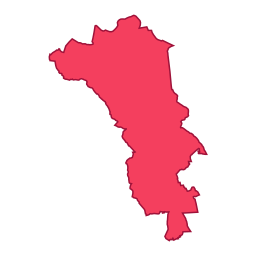 Hamcearca, Tulcea, Romania
{"feature_id": "2599482B65453022106945", "entity_name": "Hamcearca", "entity_type": "district", "adm_level": 2, "iso_a3": "ROU", "parent_name": "Romania", "parent_adm1": "Tulcea", "projection": "natural_earth1", "projection_center": [28.38, 45.133], "detail": "fine", "context": "isolated", "style": "filled", "palette": "rose", "viewbox_px": 256, "rotation_deg": 0, "n_neighbors": 0, "source": "geoboundaries", "source_scale": "gbopen_adm2", "svg_char_len": 5826}
<svg xmlns="http://www.w3.org/2000/svg" viewBox="0 0 256 256"><path d="M129.4,17.0L127.2,17.9L125.2,19.0L124.5,19.1L122.7,19.0L120.9,19.1L119.4,19.8L118.2,20.9L117.4,22.5L117.8,25.3L117.6,26.0L116.3,27.9L114.7,29.6L112.8,31.3L111.4,31.7L109.8,31.7L107.6,31.0L105.5,30.1L104.0,30.9L103.1,31.0L102.3,30.7L101.1,30.1L96.9,26.0L96.0,25.5L95.1,25.9L94.1,32.2L92.9,38.5L92.1,41.7L92.9,42.6L93.1,43.9L92.7,44.3L90.9,44.7L88.9,44.7L88.3,44.5L87.4,44.6L86.5,44.5L85.7,43.9L84.1,43.8L82.5,43.9L81.1,43.1L80.3,42.8L78.4,42.7L72.2,38.9L69.2,41.9L65.8,45.9L63.7,52.4L62.2,52.1L61.2,51.6L60.0,50.3L59.6,49.1L59.0,48.8L58.2,49.9L57.7,50.2L56.5,50.1L56.0,50.7L52.6,52.8L50.8,54.7L50.0,54.2L49.3,56.8L49.5,59.4L49.7,59.8L50.3,60.3L50.2,60.6L55.0,61.2L55.8,65.7L56.6,68.3L57.8,69.8L58.2,70.5L58.9,71.0L59.0,71.7L58.9,72.3L59.6,73.2L60.3,73.4L61.6,73.5L61.9,74.0L61.9,75.1L63.1,75.9L63.6,76.6L63.6,77.5L63.5,78.0L63.7,78.3L64.2,78.3L64.7,78.9L66.0,79.3L66.5,79.2L69.6,80.1L70.5,79.4L72.2,79.5L72.5,79.2L73.4,79.9L75.6,79.6L78.3,80.1L79.4,79.8L79.9,79.2L80.6,78.9L81.6,78.7L82.2,79.0L83.4,79.3L83.8,79.7L86.1,80.5L86.8,81.2L87.0,82.3L86.7,83.2L86.7,84.3L87.6,85.6L88.1,86.5L90.3,87.6L91.7,87.8L92.5,88.3L92.8,88.7L93.7,90.4L94.9,92.0L96.7,94.0L97.5,93.9L98.8,95.3L99.0,95.6L99.5,97.1L100.5,97.9L101.5,99.0L102.4,99.5L102.6,99.9L104.3,101.2L105.2,101.7L105.4,102.5L105.8,102.8L105.7,103.6L106.5,105.0L107.5,105.9L107.6,106.7L108.3,107.3L108.6,107.9L108.6,108.2L109.4,109.8L109.5,110.6L110.1,111.8L110.1,112.2L110.0,112.3L109.9,113.1L110.0,114.4L110.6,114.5L111.1,115.1L111.3,116.9L111.6,117.5L112.3,118.4L114.5,119.2L115.1,119.6L115.6,120.3L117.3,121.1L117.7,121.5L117.8,121.9L117.6,122.1L114.8,125.3L116.6,126.0L117.5,126.7L118.4,127.0L119.2,127.2L120.3,127.0L121.8,127.5L123.2,128.5L124.0,128.8L126.2,128.9L126.2,129.1L123.7,131.2L123.2,131.8L123.0,132.8L123.0,133.5L122.7,134.9L122.2,136.0L122.2,136.7L123.1,138.6L124.0,139.4L124.3,140.0L124.8,140.3L125.0,140.8L125.8,142.2L126.7,142.5L127.1,142.8L127.6,143.9L128.0,144.4L128.3,145.2L128.7,145.9L129.5,146.0L133.4,150.2L133.6,150.6L135.1,152.0L134.5,152.3L132.7,152.3L133.2,153.4L133.2,154.5L132.3,157.5L130.6,158.1L129.8,158.1L129.0,158.8L128.4,159.1L126.9,160.5L126.5,161.6L126.0,162.4L125.9,162.9L126.1,163.6L126.8,163.8L127.0,164.0L127.6,165.4L127.7,166.3L127.9,166.8L127.8,167.5L127.9,168.0L127.6,170.1L128.2,171.5L128.3,172.0L127.9,173.4L127.6,173.9L127.6,174.7L127.8,175.8L128.4,176.8L128.8,178.0L128.8,179.5L129.2,182.5L129.4,182.9L130.1,183.4L130.9,183.5L131.5,183.7L131.0,184.3L130.7,185.0L130.2,186.7L130.0,188.2L130.4,188.9L131.3,189.3L132.4,190.4L132.9,191.1L132.9,193.4L132.2,196.7L133.0,197.0L133.4,197.6L136.4,198.4L137.2,199.1L137.5,200.3L138.7,201.7L139.2,202.2L139.1,203.2L144.4,209.4L144.8,210.3L145.5,213.8L145.9,213.9L146.1,214.2L146.2,215.5L148.7,214.8L149.8,214.1L150.0,213.8L150.7,213.7L151.7,213.9L154.1,213.5L158.2,213.9L159.2,213.6L160.2,211.5L161.1,211.7L161.1,211.8L163.2,211.9L162.8,213.0L164.5,212.7L164.8,211.7L166.8,212.1L168.8,211.9L167.9,214.4L167.5,220.3L167.3,221.1L167.3,223.3L167.2,223.9L167.3,224.7L167.7,225.9L168.1,228.9L168.0,229.6L165.0,236.2L164.9,236.7L165.5,237.4L165.9,238.5L169.3,240.6L169.8,239.8L170.2,239.8L170.5,239.4L171.4,239.4L172.0,239.8L172.9,238.3L173.8,240.1L176.6,238.7L176.9,238.7L177.1,238.9L178.3,238.7L177.9,237.8L179.2,237.0L179.5,237.3L180.5,236.7L179.9,235.7L181.6,235.1L182.3,234.6L182.7,233.3L183.0,231.8L190.7,231.5L188.8,228.6L187.5,226.3L187.2,225.4L187.2,224.2L186.6,221.4L186.0,220.1L185.6,218.5L182.5,213.1L197.8,212.2L196.0,203.3L195.3,200.7L195.1,199.3L193.8,198.5L193.5,197.8L193.3,196.8L193.5,196.6L194.5,196.4L195.7,196.6L198.1,195.4L199.4,194.9L197.8,192.0L196.3,190.8L195.7,190.8L195.4,190.7L194.9,188.8L193.9,187.2L193.1,187.0L191.9,187.4L191.7,188.1L191.2,188.8L191.1,189.5L190.6,190.2L189.2,190.7L188.9,191.0L187.3,191.2L186.7,189.8L186.4,189.5L186.1,188.5L185.2,188.6L184.5,187.2L183.8,187.0L183.4,185.2L180.7,185.5L180.0,182.4L178.3,182.6L177.9,180.4L177.3,178.9L177.7,178.5L177.6,177.7L177.1,176.1L176.6,175.3L176.3,173.9L177.2,173.1L180.1,169.7L181.0,169.7L181.8,169.3L183.0,169.7L184.0,169.6L185.4,168.7L186.1,167.6L187.8,166.9L188.8,164.9L189.4,164.5L189.6,164.2L189.4,163.4L188.7,163.2L188.8,162.6L188.6,162.1L188.5,161.5L191.3,161.5L191.0,160.8L190.9,160.2L190.4,159.1L190.2,156.5L190.5,156.1L190.7,155.4L191.1,155.0L192.0,154.5L192.0,154.2L193.2,153.2L193.5,152.9L197.1,149.6L198.2,148.9L198.5,148.5L199.3,148.7L199.3,149.9L199.5,151.0L198.1,151.2L198.3,152.0L198.9,152.0L198.8,151.7L199.6,151.6L199.6,152.5L198.8,152.7L198.8,153.1L198.5,153.4L198.7,153.6L201.3,153.6L202.0,153.5L202.4,153.9L205.1,154.3L206.7,154.3L205.2,151.3L204.3,150.2L203.5,147.4L202.8,146.3L202.2,145.8L201.7,144.5L199.0,142.1L198.5,140.6L196.8,138.3L195.2,136.8L194.0,136.3L193.7,135.6L193.1,135.1L193.0,134.6L191.8,133.8L191.7,133.6L191.0,133.3L189.8,133.2L188.5,131.9L187.0,131.1L183.8,128.6L182.5,127.8L181.6,127.6L180.8,127.8L180.5,127.3L180.7,126.4L181.5,124.7L181.8,123.4L181.8,123.2L181.5,122.6L180.8,121.8L181.2,121.4L181.5,120.6L181.9,120.3L184.5,119.7L184.8,119.4L185.2,118.0L185.4,117.7L187.1,117.0L187.8,116.5L188.5,115.6L188.2,114.4L188.2,113.6L188.4,112.1L188.4,110.3L188.1,109.2L186.1,107.4L183.5,106.4L182.5,105.6L179.4,103.6L178.6,102.9L177.7,102.5L176.9,101.8L176.7,101.0L176.8,100.4L177.3,98.8L177.1,97.9L177.6,96.0L177.4,95.5L176.4,94.4L175.0,93.5L174.0,92.5L173.4,91.6L172.9,90.2L172.5,89.9L172.5,89.6L171.2,89.6L171.7,89.5L171.2,85.5L169.9,71.5L167.9,54.9L167.8,53.1L167.3,51.1L168.1,49.4L168.3,48.5L169.0,47.7L171.0,46.5L173.3,45.6L168.2,43.2L162.5,40.4L161.4,40.9L157.8,39.6L156.3,38.6L153.6,35.0L152.1,32.5L151.5,30.4L148.3,30.4L146.8,26.9L139.2,28.2L140.3,25.0L140.5,22.5L139.9,20.6L135.9,16.2L134.4,15.5L133.5,15.4L130.9,16.7L129.4,17.0Z" fill="#f43f5e" stroke="#9f1239" stroke-width="1.5"/></svg>